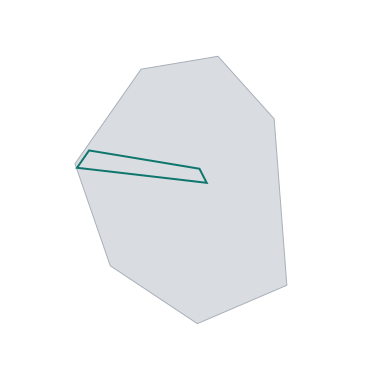 Uaboe highlighted on a map of Nauru, rotated 326°
{"feature_id": "NRU-4975", "entity_name": "Uaboe", "entity_type": "state/province", "adm_level": 1, "iso_a3": "NRU", "parent_name": "Nauru", "parent_adm1": "", "projection": "mercator", "projection_center": [166.924, -0.509], "detail": "fine", "context": "in_parent", "style": "outline", "palette": "teal", "viewbox_px": 384, "rotation_deg": 326, "n_neighbors": 0, "source": "natural_earth", "source_scale": "10m", "svg_char_len": 381}
<svg xmlns="http://www.w3.org/2000/svg" viewBox="0 0 384 384"><g transform="rotate(326 192 192)"><path d="M301.0,177.3L218.5,322.3L122.8,304.1L83.0,207.5L110.8,103.1L218.5,61.7L289.4,94.0L301.0,177.3Z" fill="#d9dde1" stroke="#a8b0b8" stroke-width="1"/><path d="M110.2,107.6L129.9,100.0L211.2,176.9L209.3,192.6L110.2,107.6Z" fill="none" stroke="#0f766e" stroke-width="2"/></g></svg>